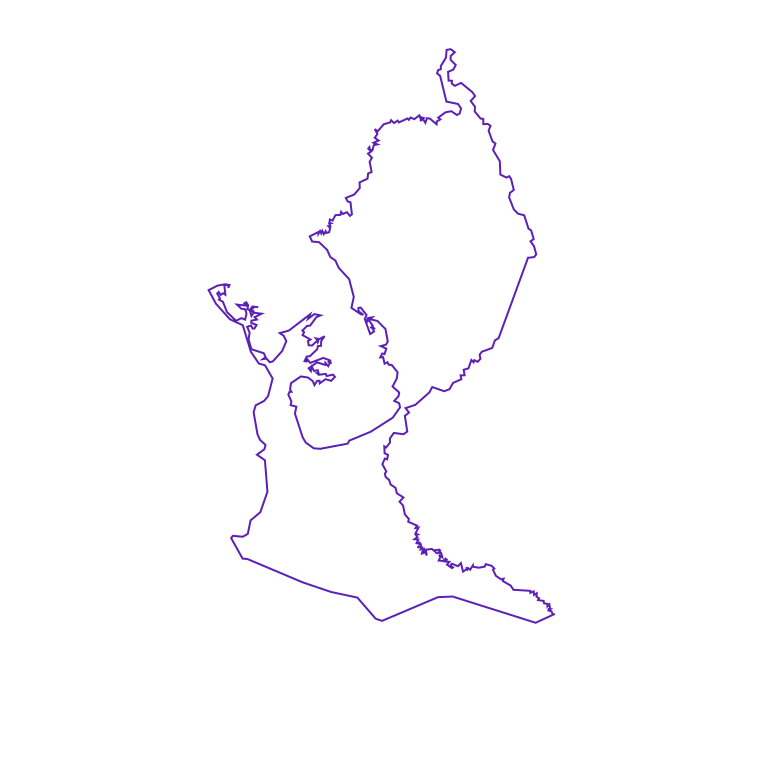 the district of Turbo, Antioquia, Colombia, rotated 336°
{"feature_id": "7082276B90132082814174", "entity_name": "Turbo", "entity_type": "district", "adm_level": 2, "iso_a3": "COL", "parent_name": "Colombia", "parent_adm1": "Antioquia", "projection": "orthographic", "projection_center": [-76.668, 7.972], "detail": "fine", "context": "isolated", "style": "outline", "palette": "violet", "viewbox_px": 768, "rotation_deg": 336, "n_neighbors": 0, "source": "geoboundaries", "source_scale": "gbopen_adm2", "svg_char_len": 6142}
<svg xmlns="http://www.w3.org/2000/svg" viewBox="0 0 768 768"><g transform="rotate(336 384 384)"><path d="M355.6,495.6L351.3,489.1L352.3,483.6L349.1,478.4L349.7,473.9L347.7,469.6L348.3,466.2L350.5,465.0L349.9,456.6L354.4,452.5L356.2,454.1L358.8,450.4L356.4,447.5L358.9,441.1L360.1,442.9L365.6,440.0L367.2,436.2L373.1,432.7L381.3,437.8L385.9,436.9L390.1,421.6L395.2,420.3L393.9,414.8L404.2,415.8L422.1,410.1L426.8,406.4L436.1,415.1L441.7,415.4L447.5,411.1L456.6,411.1L457.5,407.3L461.2,408.8L462.6,403.4L467.5,404.1L473.6,397.6L474.7,400.6L476.2,399.0L478.6,401.8L482.4,400.2L483.2,396.2L486.5,394.3L497.5,395.1L503.0,389.3L507.4,388.7L566.9,327.3L572.8,329.1L575.8,327.5L577.1,319.4L575.9,313.2L579.7,312.5L580.9,303.5L579.2,300.9L580.7,286.9L575.7,282.9L573.6,277.3L574.2,264.4L576.8,260.6L581.5,259.5L583.5,248.3L582.9,245.1L579.8,245.2L575.5,240.0L580.4,227.6L578.8,214.5L583.6,209.7L581.8,206.4L582.6,195.1L586.3,191.5L584.5,188.5L580.4,187.0L582.5,182.2L580.2,180.8L577.7,171.9L579.9,167.7L578.3,160.7L584.3,158.0L583.4,153.3L576.9,140.3L569.9,140.4L568.1,137.1L569.4,134.6L566.4,133.1L569.5,124.9L575.1,125.0L579.3,121.8L576.7,115.0L578.4,111.4L583.6,109.7L581.1,105.3L577.1,104.2L573.4,111.0L565.3,116.6L563.9,119.6L561.2,119.2L558.8,121.8L560.6,125.4L555.9,151.4L565.5,158.3L566.5,163.7L563.0,167.7L560.0,167.9L556.5,162.2L550.7,160.8L541.9,162.7L543.1,165.2L539.1,165.6L537.7,168.1L533.8,160.1L531.3,158.7L528.0,162.2L527.4,157.9L524.0,158.4L528.5,157.2L526.3,155.3L525.3,156.4L525.6,152.9L519.4,154.4L516.7,151.4L514.1,152.8L513.5,151.0L504.0,151.1L503.6,148.9L499.3,149.7L497.8,145.9L496.1,147.5L489.4,146.6L481.2,150.5L479.2,147.4L479.7,152.9L475.7,155.3L478.1,159.4L472.5,159.3L475.4,162.4L471.9,161.6L468.5,165.7L466.3,164.2L467.0,161.7L465.4,162.5L466.7,166.4L463.1,167.0L465.0,172.4L461.3,175.1L458.9,185.3L455.1,185.2L452.5,189.7L443.7,189.9L441.5,195.2L433.9,198.8L424.8,198.5L425.1,202.5L427.3,204.3L423.7,215.9L421.3,216.6L420.0,211.9L415.6,212.0L414.8,209.3L413.0,211.8L408.3,210.0L403.5,213.8L401.5,211.7L399.8,214.3L400.9,215.6L399.2,215.3L399.1,218.0L397.4,217.3L398.2,219.7L395.6,223.0L392.6,222.5L392.8,220.7L390.0,222.6L389.9,218.9L387.9,220.9L387.8,218.2L385.3,220.0L386.0,218.5L376.2,218.9L376.3,224.6L382.4,228.1L386.6,238.3L386.6,246.1L389.8,251.4L389.9,259.5L394.8,274.1L391.8,292.2L385.2,301.2L391.2,310.8L393.3,312.4L390.3,307.1L391.6,304.1L393.8,304.7L396.1,313.9L392.9,316.7L391.7,332.7L396.3,332.0L396.2,329.2L397.6,329.3L396.9,326.9L394.4,327.4L397.4,326.1L396.1,318.9L394.5,320.0L394.3,319.4L394.0,319.9L393.9,319.8L393.8,319.5L396.0,317.2L400.4,318.3L397.7,319.2L403.7,323.8L407.7,334.4L404.7,346.8L401.7,348.9L396.4,348.0L400.5,352.6L396.6,356.9L394.8,355.4L391.4,358.2L394.1,359.1L392.8,365.7L396.0,365.6L396.2,368.4L398.8,369.7L401.2,378.8L398.0,384.1L390.8,389.8L394.4,397.9L392.4,401.0L386.5,403.6L390.0,407.8L389.2,411.8L378.4,418.3L352.4,422.2L329.4,421.6L326.5,423.7L299.5,417.3L293.7,414.2L288.7,405.7L288.0,399.8L290.6,374.8L294.7,369.1L290.1,365.3L292.3,362.2L292.3,354.8L294.5,352.7L296.3,353.5L296.0,350.7L299.4,345.4L311.2,343.3L317.2,347.2L320.1,352.4L320.0,356.7L324.3,353.9L326.4,354.8L325.6,357.3L332.5,355.8L337.0,359.6L342.1,357.5L341.2,354.7L334.8,353.4L334.9,351.1L328.1,349.0L327.1,346.7L328.7,347.2L329.1,344.4L325.4,343.7L325.0,338.9L322.4,342.5L321.6,339.0L331.6,337.0L338.1,342.7L339.1,340.8L340.3,345.0L343.1,342.8L342.0,340.3L344.0,342.6L344.4,340.6L339.2,335.5L325.2,334.7L324.0,330.3L322.5,332.0L320.7,330.8L324.5,327.5L327.6,328.4L336.9,325.2L339.1,322.5L342.0,323.5L344.1,319.2L349.1,316.2L343.1,316.7L340.4,314.7L341.4,318.0L340.4,319.0L340.4,317.3L333.9,319.6L330.9,317.9L332.1,313.8L334.9,313.5L329.5,306.2L332.1,304.2L331.2,302.0L337.2,299.7L340.3,300.6L349.4,295.4L353.9,295.5L348.8,291.8L341.2,293.6L344.8,290.3L318.8,296.5L309.5,295.1L312.0,299.3L312.2,305.1L304.5,312.4L291.7,318.1L288.5,317.7L287.0,313.0L283.5,312.0L286.8,311.2L286.7,307.0L277.0,298.3L278.4,288.2L282.1,282.5L282.3,276.1L286.3,276.5L286.5,279.9L288.2,280.6L291.6,278.2L287.6,274.2L288.6,272.2L294.1,273.4L293.0,270.3L300.8,270.0L293.8,265.8L290.6,267.9L291.2,263.2L294.9,265.2L292.4,262.0L297.3,260.9L300.4,262.7L295.3,259.7L291.6,261.8L289.6,260.3L291.9,256.6L291.4,253.3L288.3,253.5L291.1,254.7L290.8,256.8L282.0,251.7L284.4,257.3L287.6,259.3L287.0,263.8L283.3,268.7L280.6,265.9L274.5,266.0L269.8,254.3L270.3,243.3L267.5,239.8L269.0,239.0L268.4,233.5L270.4,232.7L271.0,236.2L273.9,235.6L275.4,237.9L278.3,228.8L282.3,230.4L280.9,232.9L283.1,230.7L279.5,228.3L271.9,226.4L262.0,226.9L263.1,242.2L269.5,262.1L278.9,272.9L275.5,300.4L278.0,314.4L282.9,318.5L284.5,333.7L273.1,348.0L267.6,350.7L258.1,351.3L253.4,356.8L248.0,378.3L248.0,384.5L251.0,391.5L248.1,395.0L239.2,396.9L244.2,405.2L233.7,435.0L218.9,450.8L206.7,454.3L198.6,465.5L192.9,466.1L184.1,461.2L181.7,462.6L183.8,486.0L188.0,488.3L229.1,532.2L251.1,552.5L272.8,568.3L280.9,595.0L285.9,599.6L346.6,600.7L360.3,606.1L425.4,663.8L446.5,663.5L444.5,663.3L444.5,659.7L442.4,658.0L444.1,657.5L441.9,656.8L444.5,656.5L445.4,652.6L442.9,653.6L443.9,651.4L441.0,649.5L441.6,647.1L436.8,644.0L438.5,642.7L436.8,640.5L438.4,637.3L435.3,637.8L436.4,634.4L432.8,634.3L433.6,632.5L418.5,624.6L417.8,619.8L412.4,612.3L414.1,610.5L411.5,610.0L408.2,604.8L408.0,598.0L409.7,597.5L408.4,593.9L403.7,590.0L401.7,591.8L395.9,590.4L391.0,587.2L391.5,585.8L387.1,588.7L386.1,586.7L384.8,587.4L384.9,584.9L384.0,586.9L379.9,587.5L381.4,578.9L377.5,580.5L372.7,575.7L370.8,577.1L372.4,579.6L371.2,579.8L368.1,574.7L371.3,573.0L367.8,571.1L369.9,569.9L369.2,568.6L366.4,569.9L362.2,567.6L365.0,565.1L364.8,562.5L366.8,566.0L367.5,561.6L364.4,560.1L367.5,559.3L367.3,557.9L362.8,556.5L362.7,558.2L360.6,554.1L354.8,552.4L353.2,558.1L353.5,554.7L349.7,554.3L351.3,552.2L352.5,553.4L353.5,550.6L350.2,549.9L352.2,548.6L349.5,546.8L348.2,547.7L349.5,546.4L351.7,547.3L352.5,545.4L350.5,543.8L352.8,543.6L349.3,542.4L352.1,540.0L348.8,538.2L352.2,537.5L351.7,534.9L353.6,535.2L352.0,533.3L357.2,529.2L354.3,528.4L356.6,526.9L350.1,519.7L351.8,517.4L350.0,511.7L352.0,502.9L350.3,497.8L355.6,495.6Z" fill="none" stroke="#5b21b6" stroke-width="2"/></g></svg>